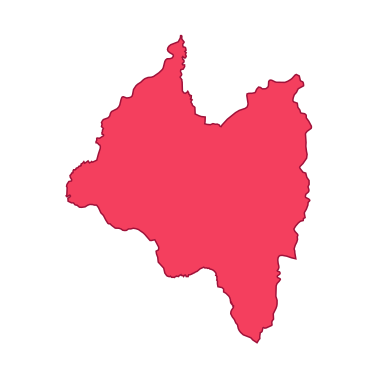 Wiang Chai, Chiang Rai, Thailand (Robinson projection), rotated 354°
{"feature_id": "78962969B32400228790118", "entity_name": "Wiang Chai", "entity_type": "district", "adm_level": 2, "iso_a3": "THA", "parent_name": "Thailand", "parent_adm1": "Chiang Rai", "projection": "robinson", "projection_center": [99.97, 19.862], "detail": "fine", "context": "isolated", "style": "filled", "palette": "rose", "viewbox_px": 384, "rotation_deg": 354, "n_neighbors": 0, "source": "geoboundaries", "source_scale": "gbopen_adm2", "svg_char_len": 5978}
<svg xmlns="http://www.w3.org/2000/svg" viewBox="0 0 384 384"><g transform="rotate(354 192 192)"><path d="M240.9,348.7L243.3,345.6L244.1,345.0L244.3,342.6L245.2,339.0L246.6,338.5L247.2,337.8L248.3,334.6L249.0,334.3L250.1,335.0L251.7,334.9L257.4,333.0L257.7,332.4L257.7,330.3L258.0,329.1L258.5,328.3L259.8,327.0L260.1,321.6L263.4,316.4L264.4,314.2L264.9,312.2L265.3,308.5L264.5,304.5L265.9,294.1L267.0,291.9L269.5,289.7L270.7,288.3L270.5,287.4L268.3,286.1L267.9,285.2L268.3,284.2L270.4,283.1L271.0,282.4L271.1,281.6L270.7,280.6L268.8,279.7L268.5,279.2L269.9,277.6L270.5,276.3L270.6,274.8L270.2,271.9L270.2,268.5L270.8,266.2L271.9,264.9L272.8,264.4L275.0,264.4L279.5,265.7L284.0,267.8L288.3,269.3L287.9,263.3L288.0,261.3L287.7,260.0L287.7,259.0L289.1,255.7L291.0,252.7L292.0,250.2L292.0,247.6L292.8,246.0L292.5,245.0L290.2,241.9L289.5,239.8L289.6,239.2L291.7,236.5L294.6,233.8L296.8,232.4L299.6,232.0L300.1,230.0L301.8,229.3L301.5,225.2L301.7,224.0L303.9,221.1L305.9,217.1L306.4,214.5L308.2,212.9L308.2,212.3L307.4,211.2L304.4,209.2L304.3,208.1L304.9,206.2L307.8,204.1L308.4,203.1L308.5,201.8L307.9,198.9L309.3,196.6L309.6,192.8L307.7,189.4L307.1,185.1L304.4,183.9L302.0,180.0L301.6,178.9L302.0,178.0L305.3,175.3L309.5,170.4L310.4,166.6L310.1,163.5L310.0,158.4L310.6,154.7L310.9,146.2L311.2,145.4L312.8,143.7L317.1,141.2L317.5,140.4L317.6,139.0L315.5,133.8L313.4,130.2L313.6,127.9L313.4,127.1L312.2,125.9L309.0,125.0L308.3,124.5L307.8,121.7L306.1,118.8L306.0,114.7L302.6,113.0L302.0,112.1L301.9,111.2L302.5,109.0L303.8,106.1L306.3,103.8L308.2,100.7L308.9,100.2L314.0,98.1L314.2,97.4L314.1,95.1L313.6,94.0L312.0,93.1L311.4,92.4L310.8,87.8L308.0,86.0L306.7,86.5L303.4,89.5L301.8,90.5L299.0,91.8L295.9,92.7L287.6,91.7L286.4,91.3L283.0,89.2L281.8,88.9L280.7,89.1L279.8,90.2L279.1,94.3L278.7,95.3L276.7,96.8L275.6,97.0L272.7,96.8L271.1,95.2L269.2,94.6L267.0,96.6L265.6,99.1L264.9,99.8L261.9,100.1L258.8,99.8L257.0,100.2L256.6,101.9L257.0,110.0L256.5,111.7L255.7,113.2L253.7,114.4L247.5,115.8L243.6,117.6L234.8,123.3L228.9,128.5L227.8,130.0L226.8,129.6L226.0,128.1L224.2,127.1L222.5,127.1L220.0,126.2L217.3,127.0L213.8,126.3L211.8,125.4L212.3,123.6L213.0,118.8L209.0,117.9L206.9,116.9L203.3,114.7L203.7,108.3L203.4,107.7L202.2,106.7L201.3,105.5L201.4,104.7L200.3,102.5L201.1,100.9L201.8,100.4L201.3,99.7L200.6,99.8L200.2,99.5L200.4,98.7L201.1,98.1L201.4,96.1L200.9,95.9L200.0,96.1L199.9,94.9L199.0,94.2L199.0,92.9L198.3,91.4L197.5,92.3L195.6,93.2L194.3,92.6L193.0,90.6L193.7,81.6L193.5,80.2L193.7,79.4L192.2,76.7L192.5,75.9L193.6,75.0L194.0,74.2L193.9,72.9L193.2,71.4L193.2,70.6L193.7,69.1L196.1,68.9L197.8,66.5L197.9,64.8L196.2,64.6L195.8,64.0L195.9,63.1L197.3,62.3L197.8,61.0L197.6,59.9L196.6,59.1L196.7,57.8L196.3,57.1L196.9,56.3L198.8,58.0L199.5,57.9L200.5,56.3L199.9,54.7L200.2,53.6L200.8,52.9L199.5,51.5L200.9,50.4L200.7,48.0L200.0,47.2L198.5,46.9L198.1,45.3L198.4,43.8L199.7,42.5L199.8,41.9L198.0,39.1L197.9,38.0L198.2,36.0L197.9,35.4L197.0,35.3L196.5,37.6L194.0,41.2L186.3,43.3L184.3,44.6L183.1,46.1L182.5,47.8L182.9,49.4L184.4,51.1L187.3,53.2L187.7,54.3L187.6,55.1L186.1,56.7L184.0,57.1L181.2,56.9L179.5,58.0L178.6,59.4L176.4,65.4L175.6,66.7L174.4,67.8L171.5,70.0L165.8,73.1L163.5,73.6L160.3,73.5L157.2,74.3L155.5,75.2L152.5,77.5L149.1,79.2L147.4,80.5L144.6,83.9L143.1,88.9L142.4,90.3L141.6,91.0L139.7,91.6L136.9,91.7L133.7,90.1L132.6,90.2L131.9,91.0L131.0,92.9L129.3,97.8L128.1,99.7L126.1,101.4L120.4,103.6L119.2,105.1L118.1,107.8L116.8,109.1L115.9,109.6L111.7,110.6L110.7,111.3L109.2,113.5L109.7,115.0L108.8,117.4L110.5,119.6L109.4,121.1L109.3,122.4L108.6,123.5L108.6,125.1L109.9,125.6L110.0,126.5L109.5,127.0L105.7,128.9L103.2,128.4L102.8,128.9L102.7,130.5L101.8,131.9L101.7,133.0L103.1,133.4L104.4,135.2L105.3,135.8L105.6,137.2L105.3,139.1L103.0,144.2L100.6,150.4L96.3,151.9L95.3,151.2L95.0,151.7L93.0,152.3L91.9,150.2L89.2,151.8L88.3,152.1L88.1,151.2L87.6,151.0L87.5,150.6L86.0,152.1L84.9,152.4L84.5,152.8L84.7,153.8L84.2,154.4L83.6,154.2L83.2,154.7L82.2,154.6L81.1,155.9L79.6,156.1L79.1,156.5L79.0,157.1L77.8,157.8L76.6,157.5L76.0,158.5L75.5,160.4L74.3,160.6L73.6,161.9L72.4,162.8L72.5,164.7L73.6,167.0L73.4,168.2L73.0,168.5L70.6,168.7L68.5,171.3L67.8,173.2L68.3,174.4L67.3,181.3L67.2,181.9L66.4,182.7L67.2,183.7L69.8,182.3L70.4,182.5L70.7,183.1L70.6,183.7L67.9,185.4L67.8,188.2L71.0,190.2L72.7,190.4L73.3,190.8L74.1,192.3L75.5,193.0L76.2,193.0L78.4,195.3L80.5,195.7L84.1,195.6L86.7,194.3L88.9,193.7L91.5,194.0L93.5,194.8L95.8,195.1L97.4,197.8L99.2,203.2L101.5,206.1L103.3,210.8L105.1,214.4L105.8,214.9L107.4,215.2L108.3,216.5L111.9,219.9L115.5,220.4L117.3,221.2L119.2,222.8L121.2,223.3L122.8,223.3L125.0,222.1L127.4,222.3L129.8,221.9L132.4,222.6L134.8,223.7L139.4,227.7L140.8,229.4L145.2,235.8L146.5,236.0L150.0,235.6L153.1,243.3L152.9,245.2L152.3,246.2L150.1,247.1L150.2,249.8L151.1,253.4L151.1,258.2L155.9,264.7L156.5,269.7L158.0,272.4L158.6,273.0L160.4,273.8L161.3,273.8L161.8,273.5L162.8,274.7L164.9,274.9L165.5,275.2L166.5,274.5L167.3,274.4L167.6,274.0L169.8,274.7L170.4,273.9L172.4,273.0L172.7,273.9L174.1,274.1L174.8,275.2L175.6,274.2L176.5,273.8L177.0,274.2L177.4,275.5L179.3,275.7L180.0,274.0L181.3,274.1L183.1,273.6L183.6,273.2L184.1,273.3L184.4,273.0L186.2,272.5L186.8,272.0L188.7,271.5L192.1,269.2L195.8,268.0L196.9,268.9L198.7,269.0L199.6,269.6L201.0,269.5L201.5,270.3L203.7,271.2L205.3,272.3L207.0,274.5L207.5,276.2L206.9,277.4L207.4,277.6L208.0,278.6L207.7,279.1L207.9,280.0L207.6,281.4L207.8,281.8L207.4,282.2L208.0,283.3L207.7,285.9L207.9,288.9L211.9,290.2L213.3,291.8L213.0,294.7L215.0,296.1L217.7,299.3L218.4,300.7L218.9,302.9L218.8,304.4L219.4,305.5L218.9,305.6L218.9,306.1L219.5,307.2L220.0,307.2L220.0,308.1L220.3,308.3L220.5,308.8L221.3,309.4L221.0,309.8L221.2,310.2L220.9,310.4L221.2,310.7L221.0,311.2L219.0,313.6L218.2,315.1L217.8,317.1L219.0,320.3L220.8,323.3L221.9,326.8L223.3,328.7L223.8,332.8L224.5,334.7L225.7,336.7L228.1,339.4L234.7,342.8L235.6,343.5L236.9,345.4L240.9,348.7Z" fill="#f43f5e" stroke="#9f1239" stroke-width="1.5"/></g></svg>